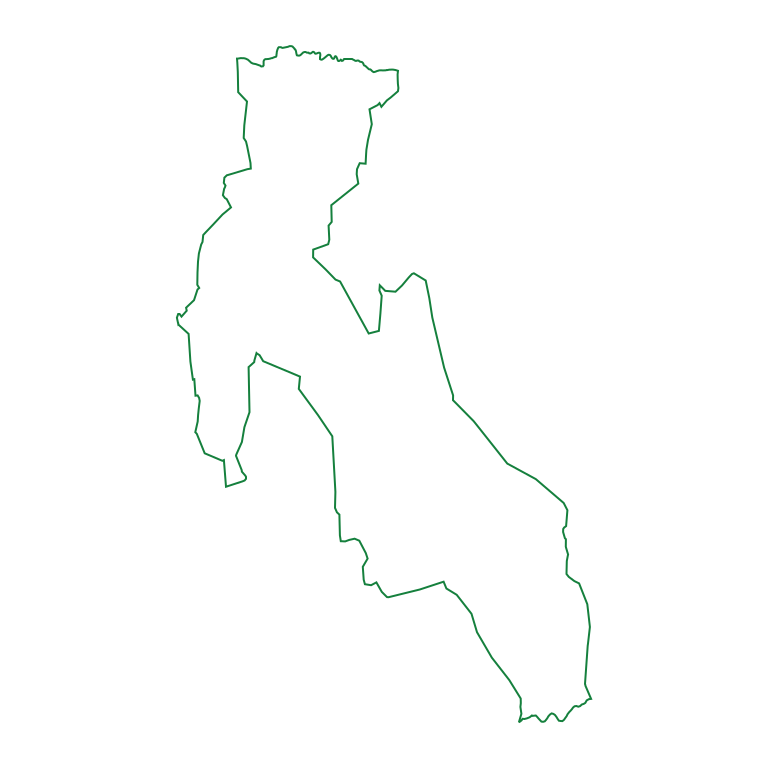 Al Mahwit, Al Mahwit, Yemen
{"feature_id": "15242507B12276215757938", "entity_name": "Al Mahwit", "entity_type": "district", "adm_level": 2, "iso_a3": "YEM", "parent_name": "Yemen", "parent_adm1": "Al Mahwit", "projection": "equal_earth", "projection_center": [43.551, 15.411], "detail": "fine", "context": "isolated", "style": "outline", "palette": "green", "viewbox_px": 768, "rotation_deg": 0, "n_neighbors": 0, "source": "geoboundaries", "source_scale": "gbopen_adm2", "svg_char_len": 5404}
<svg xmlns="http://www.w3.org/2000/svg" viewBox="0 0 768 768"><path d="M237.0,58.6L237.0,59.1L237.1,59.9L237.3,62.4L237.8,71.9L238.2,92.2L247.0,101.5L244.3,125.3L243.7,138.0L246.0,141.5L247.1,146.0L250.0,160.5L250.5,163.1L250.8,168.6L247.3,169.2L228.6,174.8L226.8,175.3L225.4,176.7L224.4,177.6L223.8,182.9L225.5,185.6L224.8,187.6L224.2,188.6L222.9,195.2L224.9,198.0L226.7,199.1L231.0,207.4L222.5,214.5L213.0,224.7L206.2,231.8L203.3,234.9L203.2,235.3L202.5,242.0L201.2,244.5L198.9,253.5L198.0,261.7L197.5,272.5L197.3,284.8L199.2,288.0L197.5,289.5L194.6,298.4L194.0,300.2L186.1,307.7L186.7,310.7L181.5,316.6L179.6,314.0L178.2,314.0L176.9,317.7L178.3,324.3L178.4,324.2L178.5,324.7L188.6,333.9L190.4,361.6L192.9,379.6L194.3,379.2L195.5,395.7L197.6,395.4L199.1,397.9L199.7,400.9L198.8,408.2L198.1,415.0L197.7,421.5L195.3,432.2L195.5,432.4L196.8,433.8L204.7,453.3L222.4,460.8L223.9,460.1L226.0,486.7L242.4,481.4L244.6,480.5L246.0,478.8L246.0,476.8L245.3,475.6L241.9,471.7L241.7,470.1L236.0,455.8L236.2,454.9L236.5,454.1L241.9,442.0L244.4,427.2L249.5,412.2L248.6,367.1L254.2,362.1L254.4,360.4L256.5,353.1L256.9,353.5L259.6,355.2L263.2,361.2L300.0,376.6L298.8,388.9L318.0,415.1L332.3,436.3L335.4,491.9L335.0,507.9L336.0,510.2L336.5,511.3L336.9,512.3L339.4,514.6L339.9,535.4L340.8,541.2L345.2,541.4L349.3,539.9L354.6,538.7L359.3,540.7L365.8,553.1L367.6,558.6L362.8,566.8L363.7,579.7L364.9,584.2L371.1,585.2L376.4,582.4L381.8,591.9L387.0,597.1L388.6,597.2L395.5,595.5L400.3,594.3L419.8,589.5L443.6,581.7L446.4,588.5L456.7,594.8L471.5,613.8L477.0,632.2L491.8,657.6L509.3,680.1L520.7,698.5L520.8,702.0L520.8,703.4L520.4,706.9L521.4,713.8L519.1,721.6L519.5,721.9L520.1,721.5L521.5,720.4L522.6,718.8L524.4,719.0L526.8,718.4L529.6,717.3L531.9,715.5L532.3,715.9L534.0,715.7L535.8,715.5L537.1,716.8L538.5,718.5L539.9,720.0L541.4,721.6L543.1,721.8L544.8,721.3L546.1,719.8L547.3,718.2L548.3,716.4L550.0,714.5L551.6,713.4L552.0,713.5L553.4,713.9L555.0,715.0L556.5,717.0L557.7,719.0L558.9,720.7L560.7,721.0L562.4,721.1L564.0,719.8L565.4,717.8L566.6,716.2L567.5,714.3L569.2,712.1L570.6,710.7L571.9,709.2L573.0,707.6L574.5,706.3L576.3,706.0L578.3,706.7L580.1,706.1L581.8,704.5L583.7,703.9L585.3,702.9L586.7,700.4L589.0,699.1L590.5,699.0L591.1,698.9L588.6,693.1L585.5,685.9L585.3,684.8L585.0,684.0L587.7,645.7L588.0,643.6L589.9,627.0L587.3,604.2L579.1,583.4L574.4,581.1L568.8,576.9L566.5,574.0L566.8,561.0L567.9,555.2L568.1,554.6L566.0,547.5L565.8,546.6L565.9,539.2L564.9,538.2L563.1,532.0L563.2,529.0L564.1,527.6L566.1,526.1L566.7,518.9L567.4,510.2L563.7,503.0L535.8,479.1L507.3,463.6L478.8,427.6L473.7,421.2L455.6,402.8L453.0,400.2L453.1,395.4L444.1,367.6L435.2,329.8L432.3,317.5L429.3,298.1L425.7,280.5L413.9,273.3L412.0,274.0L408.8,277.4L402.0,285.5L395.5,291.7L385.8,290.9L385.3,290.9L382.3,287.8L379.8,285.3L379.4,290.5L381.7,295.7L380.4,313.5L378.9,330.9L368.7,333.5L340.1,281.5L335.5,279.6L325.6,269.4L313.1,257.4L313.2,249.6L328.2,244.2L329.3,239.7L328.6,225.6L331.7,221.9L331.3,205.2L358.3,183.6L356.7,174.2L357.0,169.2L359.7,163.2L365.6,163.7L366.1,154.2L366.4,149.7L368.0,139.9L371.8,124.2L369.5,109.3L377.6,105.1L379.5,103.1L381.4,106.8L386.9,100.4L390.7,97.5L397.9,91.3L398.0,91.1L398.4,88.0L397.9,83.8L397.7,79.3L397.6,74.3L398.0,70.8L395.4,70.0L393.0,69.6L392.7,69.6L391.3,69.6L389.2,69.7L387.2,70.1L386.8,70.0L385.9,70.3L383.8,70.4L382.3,70.4L381.1,70.3L380.4,70.3L379.2,70.4L378.3,70.7L377.1,71.0L376.2,71.4L374.8,71.9L373.7,72.1L372.9,71.7L371.9,70.9L370.9,69.8L370.3,69.4L369.5,69.4L368.9,69.2L368.2,68.6L367.5,67.9L366.5,67.0L365.7,66.2L364.9,65.7L364.1,65.4L363.6,64.6L363.3,63.5L362.7,62.7L362.0,62.1L361.1,61.9L360.8,61.8L360.2,61.8L359.3,61.2L358.6,60.6L357.9,60.5L357.2,60.5L356.6,60.8L355.8,60.9L354.9,60.6L354.0,60.0L353.1,59.6L352.4,59.2L352.1,59.0L351.1,59.0L350.0,59.0L348.7,59.0L347.0,59.0L345.7,59.0L344.4,59.0L343.8,59.2L343.3,60.2L342.7,60.7L342.2,60.8L341.9,60.9L341.4,60.3L341.2,60.0L340.8,59.7L340.2,60.3L339.6,60.8L339.0,61.0L338.8,61.0L338.3,61.0L337.8,60.4L337.5,59.6L336.9,58.0L336.4,56.9L335.8,56.3L335.3,56.2L334.7,56.9L334.4,57.7L334.1,58.4L333.7,58.8L333.0,58.8L332.4,58.5L331.9,57.9L331.7,57.7L331.3,57.1L331.1,56.5L330.6,55.7L330.2,55.2L329.6,54.9L328.5,54.8L327.7,55.2L325.2,57.3L324.0,58.3L323.0,59.0L322.0,59.6L321.2,59.7L320.0,59.1L320.0,58.2L320.0,57.0L320.3,55.6L320.3,54.3L320.1,53.4L319.7,52.8L318.9,52.7L317.7,53.0L316.7,53.5L315.5,53.7L314.9,53.4L314.3,52.4L313.6,51.9L312.7,51.9L311.9,52.6L311.1,53.2L310.3,53.5L309.9,53.4L309.3,53.4L308.6,52.7L307.7,52.7L307.0,52.7L306.2,52.3L305.5,52.0L304.7,52.0L303.3,52.4L301.9,53.7L301.1,54.5L300.3,55.2L299.3,55.6L298.2,55.6L296.9,55.3L296.8,55.1L296.5,54.0L296.2,52.5L296.0,51.2L295.7,50.4L295.5,49.9L295.3,49.6L294.9,49.2L294.7,49.2L294.5,48.6L293.6,47.7L292.5,46.5L291.5,46.2L290.6,46.1L289.7,46.1L288.7,46.5L288.0,46.8L285.6,47.3L283.1,47.8L282.6,47.9L282.1,47.8L280.9,47.2L279.6,47.2L278.8,47.2L278.2,47.8L277.7,49.0L277.3,50.0L277.1,50.9L276.8,51.9L276.7,53.3L276.5,54.5L276.4,56.0L275.9,56.8L274.9,57.0L273.3,57.6L272.3,58.1L271.3,58.2L270.2,58.6L268.3,59.0L267.9,59.0L266.9,59.1L265.6,59.1L264.7,59.5L264.0,60.3L263.6,61.3L263.6,62.2L263.6,64.0L263.6,65.4L262.9,66.3L262.1,66.3L261.5,66.5L260.7,66.2L260.2,65.6L258.9,65.2L255.8,64.1L253.1,63.6L251.3,62.8L249.6,61.2L247.9,59.7L245.6,58.6L243.9,58.2L242.3,58.2L240.9,58.1L239.6,58.3L238.5,58.5L237.7,58.6L237.0,58.6Z" fill="none" stroke="#15803d" stroke-width="2"/></svg>